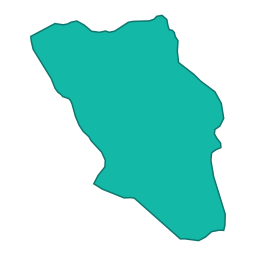 outline of Chahar Mahall and Bakhtiari
{"feature_id": "IRN-3218", "entity_name": "Chahar Mahall and Bakhtiari", "entity_type": "Province", "adm_level": 1, "iso_a3": "IRN", "parent_name": "Iran", "parent_adm1": "", "projection": "orthographic", "projection_center": [50.632, 31.874], "detail": "fine", "context": "isolated", "style": "filled", "palette": "teal", "viewbox_px": 256, "rotation_deg": 0, "n_neighbors": 0, "source": "natural_earth", "source_scale": "10m", "svg_char_len": 979}
<svg xmlns="http://www.w3.org/2000/svg" viewBox="0 0 256 256"><path d="M162.0,15.4L166.8,19.5L168.0,26.0L169.2,29.6L172.4,30.4L174.3,32.5L175.3,36.7L178.0,40.8L177.3,51.3L178.6,62.6L194.1,74.6L200.6,81.1L214.9,91.8L221.3,103.4L223.7,118.4L219.8,126.1L214.9,129.5L214.4,133.9L216.9,138.4L220.6,143.1L220.9,147.5L215.8,149.8L211.6,152.8L210.9,160.5L213.7,176.9L225.2,214.2L224.9,225.4L223.7,230.4L219.5,230.1L211.5,231.7L205.4,237.1L198.7,240.6L184.5,238.8L180.3,238.9L134.3,198.1L130.5,197.6L124.1,197.9L102.5,189.2L93.8,183.8L98.2,175.3L104.9,166.9L105.3,160.2L101.7,152.2L91.3,140.9L88.9,136.7L82.9,131.1L79.1,125.1L75.5,116.5L72.2,104.4L70.6,100.6L68.6,98.5L62.8,96.6L61.1,94.6L58.0,92.3L55.1,88.4L51.3,78.7L33.2,49.4L31.2,40.7L30.8,36.4L54.9,23.6L63.2,24.8L67.5,24.0L71.3,22.1L76.8,21.0L84.2,25.1L91.6,31.3L99.5,32.3L105.5,31.0L109.2,32.3L114.8,31.1L128.3,22.3L133.1,21.4L149.1,20.9L154.1,19.2L156.8,16.3L162.0,15.4Z" fill="#14b8a6" stroke="#0f766e" stroke-width="1.5"/></svg>